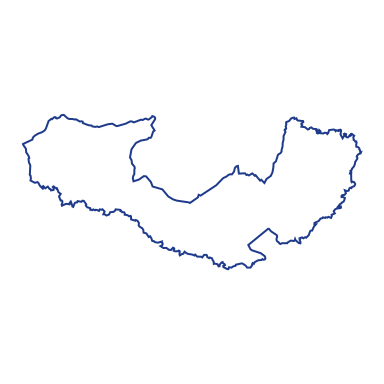 Dourados, Mato Grosso do Sul, Brazil
{"feature_id": "56859067B88197620775850", "entity_name": "Dourados", "entity_type": "district", "adm_level": 2, "iso_a3": "BRA", "parent_name": "Brazil", "parent_adm1": "Mato Grosso do Sul", "projection": "albers", "projection_center": [-54.825, -22.161], "detail": "fine", "context": "isolated", "style": "outline", "palette": "blue", "viewbox_px": 384, "rotation_deg": 0, "n_neighbors": 0, "source": "geoboundaries", "source_scale": "gbopen_adm2", "svg_char_len": 6022}
<svg xmlns="http://www.w3.org/2000/svg" viewBox="0 0 384 384"><path d="M265.0,259.3L265.4,258.3L264.9,256.4L264.4,255.9L260.8,253.2L252.2,250.4L250.6,249.4L248.3,245.0L268.1,228.8L269.0,228.9L271.0,231.3L276.7,235.1L277.2,236.4L276.5,239.0L276.6,240.2L277.1,241.2L279.0,242.6L279.4,243.5L280.5,244.0L282.0,243.2L287.3,243.2L287.7,242.4L290.8,240.6L293.9,241.0L294.7,240.5L295.1,239.1L295.5,240.1L298.7,243.0L300.3,243.3L300.5,242.1L299.6,239.8L300.1,239.1L299.6,238.3L302.1,237.4L303.3,238.3L305.2,237.2L306.2,237.7L308.7,235.2L310.1,231.3L311.1,230.5L312.2,230.5L313.9,226.6L316.0,224.3L314.4,224.3L314.5,222.9L318.7,221.0L320.5,218.6L322.5,218.1L322.9,217.4L325.2,217.9L325.7,217.3L327.5,217.6L328.3,216.8L331.1,217.9L331.8,216.0L331.6,214.8L334.8,213.4L333.7,211.2L335.1,209.4L336.8,208.5L340.5,208.1L341.0,207.6L340.8,206.4L338.2,206.4L340.3,203.8L341.6,203.3L342.0,202.4L343.6,201.6L344.2,200.4L344.9,198.0L342.8,196.9L341.6,197.1L341.5,196.0L342.3,195.1L344.5,194.9L345.9,193.2L344.9,190.3L346.7,191.0L348.6,190.7L349.4,188.4L350.2,187.7L351.4,188.1L351.9,187.1L354.1,186.2L354.9,185.1L355.2,184.0L354.2,182.2L352.4,181.6L351.8,182.2L351.3,181.4L351.1,174.1L349.9,173.6L350.2,172.7L351.3,172.6L351.2,171.6L350.5,170.8L351.7,169.9L352.0,168.7L353.9,166.5L355.0,163.7L355.2,161.9L357.4,158.6L357.3,157.4L356.7,156.8L357.0,155.8L358.5,154.1L360.6,153.4L361.0,152.3L360.2,152.6L360.1,150.3L359.3,149.5L359.3,148.3L358.3,147.3L356.3,146.7L356.2,144.6L356.6,142.6L356.3,141.5L355.4,141.7L354.4,140.3L353.7,140.0L353.3,137.2L354.2,135.7L351.7,133.8L351.0,134.0L351.1,135.4L350.1,136.0L349.6,135.4L348.0,137.4L347.0,137.3L345.8,136.5L346.1,134.2L344.7,133.6L343.9,134.0L344.5,135.2L342.6,138.3L340.5,134.4L341.1,130.4L340.5,129.7L338.8,130.0L339.0,130.8L338.2,131.0L336.1,130.2L335.6,131.1L334.5,129.8L333.7,129.5L329.1,130.1L328.2,133.1L327.3,134.0L326.7,133.0L324.9,132.7L323.2,133.5L319.8,133.1L320.5,131.3L319.1,130.0L317.7,133.4L316.8,132.9L317.0,131.9L316.2,130.5L317.0,129.9L316.5,129.1L313.0,128.8L311.3,127.4L309.8,127.9L309.1,129.0L307.8,129.5L305.0,127.2L301.4,126.7L302.2,125.1L301.4,124.5L301.4,123.5L303.3,122.1L303.1,121.1L297.8,120.5L297.2,120.1L296.4,118.3L294.5,119.0L294.2,117.7L293.2,117.7L291.3,118.3L289.1,121.0L286.3,122.1L286.0,123.0L286.4,124.2L285.7,126.3L286.2,128.4L285.8,129.2L284.8,129.5L284.6,130.3L285.5,131.9L283.6,136.0L283.5,140.0L282.7,142.9L282.6,146.2L281.5,150.4L281.6,151.6L280.5,153.1L278.0,154.7L275.9,161.4L273.6,163.4L273.3,167.9L272.4,172.5L270.8,175.9L266.5,179.0L264.4,183.0L261.2,179.7L260.1,180.6L255.6,175.2L254.9,175.8L252.3,173.4L248.9,175.4L247.3,174.6L246.5,175.0L244.9,173.3L238.9,173.6L237.9,165.9L236.5,166.3L234.9,167.9L234.0,171.7L231.9,174.4L230.0,174.3L228.5,174.9L226.4,176.6L223.3,178.0L216.2,185.3L200.6,195.6L198.7,194.8L197.9,197.4L189.9,203.0L188.9,202.4L176.7,200.6L173.1,199.4L168.3,196.5L162.4,189.4L152.6,186.5L150.9,182.0L146.1,176.4L143.9,176.1L138.9,179.6L133.5,181.3L132.8,177.8L133.6,175.2L134.3,174.2L134.4,169.3L134.8,168.1L134.4,166.6L132.0,163.6L131.5,160.0L130.0,157.5L131.5,149.3L135.6,143.4L136.6,142.6L140.8,140.6L147.5,139.3L148.8,137.8L150.7,137.8L151.4,136.8L153.2,131.5L154.6,130.5L151.3,125.2L155.1,119.2L155.1,117.8L154.3,116.8L152.3,116.1L152.0,116.9L148.9,119.4L148.0,119.6L145.9,118.6L145.1,118.7L142.7,120.0L141.0,119.7L133.8,122.4L132.1,121.5L130.2,121.4L125.9,123.6L118.3,125.8L116.5,126.1L112.3,123.7L107.7,124.3L98.8,127.1L97.2,126.5L95.2,126.9L92.3,126.4L91.7,125.6L88.5,125.2L82.9,123.1L82.7,121.7L81.6,121.3L79.8,121.5L75.9,119.3L74.9,119.6L73.1,119.1L69.0,118.9L67.6,118.3L63.8,114.9L61.9,115.1L60.9,115.6L59.8,117.3L57.0,118.5L56.0,118.2L55.7,117.3L54.4,117.1L52.0,119.2L51.4,118.8L48.6,121.0L45.9,128.6L44.6,130.5L42.2,132.1L38.0,133.7L34.6,135.8L32.8,137.7L32.4,139.6L23.0,144.0L23.3,145.0L25.9,148.7L26.2,152.3L28.3,155.4L29.3,157.9L28.5,158.8L28.9,162.2L30.3,165.5L29.8,174.9L30.5,175.5L30.9,178.2L30.5,180.5L34.9,182.8L37.5,182.1L38.4,182.9L39.9,185.8L42.8,188.6L43.3,187.6L42.6,186.5L43.3,186.1L45.2,188.3L47.8,186.6L49.6,189.0L50.6,189.2L51.0,190.4L53.5,190.0L53.8,188.7L52.8,187.0L53.6,186.4L55.0,187.6L57.0,188.3L56.8,189.2L57.5,189.5L58.4,192.1L60.7,193.9L59.0,196.4L60.6,200.5L61.6,200.4L62.3,201.1L62.4,202.7L61.6,204.5L62.0,205.7L66.1,203.8L69.5,204.3L69.6,203.0L70.8,201.5L71.2,202.3L70.4,203.2L71.8,204.1L72.4,206.5L73.2,206.9L74.6,203.3L75.2,202.6L77.1,202.4L77.6,201.1L81.3,201.8L82.5,200.7L83.8,200.9L86.3,204.5L85.8,205.5L87.2,207.3L90.1,208.1L90.4,209.9L91.2,209.7L92.2,210.2L93.3,209.4L95.0,210.3L95.7,209.8L96.9,209.9L99.0,210.9L99.7,209.4L101.6,209.7L102.5,209.3L104.6,211.5L103.4,214.3L104.8,214.4L106.6,215.5L109.1,214.5L110.2,212.2L113.7,211.8L115.3,210.4L115.6,209.4L120.0,209.8L120.9,210.4L120.6,211.2L121.6,211.4L122.2,212.2L124.2,212.3L124.8,213.4L124.7,214.7L127.4,215.1L129.1,216.3L130.6,215.9L131.0,216.6L131.1,219.4L135.3,220.7L135.7,220.0L137.5,220.8L138.9,222.9L138.7,225.6L139.9,226.9L142.1,228.1L143.3,229.9L143.6,232.7L146.4,233.4L148.7,237.0L150.1,236.2L151.5,238.6L152.2,240.9L154.0,241.2L154.8,242.1L157.9,242.7L161.8,241.5L161.6,242.4L162.4,242.8L162.7,244.2L162.0,245.4L160.5,246.1L163.4,248.0L166.4,247.9L168.9,249.8L170.9,250.0L173.0,247.7L173.8,248.0L174.3,248.8L173.6,250.6L174.8,251.3L178.1,251.2L178.8,250.6L179.7,251.2L179.5,254.7L179.9,255.4L181.8,254.1L183.3,253.7L184.6,251.7L186.6,253.3L188.5,254.0L192.1,254.5L194.5,255.5L195.2,254.6L197.2,256.6L201.2,256.7L202.3,257.4L204.1,254.9L206.2,254.9L206.9,255.3L207.3,257.1L209.2,258.2L209.9,257.5L212.1,258.4L212.5,260.0L213.6,261.3L213.8,263.9L214.7,263.6L217.5,264.2L218.6,266.4L219.6,266.2L219.7,264.8L220.4,263.7L221.8,262.3L222.6,262.1L222.9,263.1L224.7,264.3L225.0,265.1L223.2,266.0L223.4,267.1L227.3,269.1L228.4,269.1L228.9,267.3L231.5,267.6L233.2,266.4L235.5,265.8L235.8,264.7L241.6,263.4L242.6,263.6L245.6,265.6L247.2,267.6L250.5,267.6L252.2,265.2L252.1,264.2L252.7,263.1L253.9,263.8L254.6,262.2L258.1,260.3L261.5,260.0L262.4,259.1L263.7,259.8L265.0,259.3Z" fill="none" stroke="#1e3a8a" stroke-width="2"/></svg>